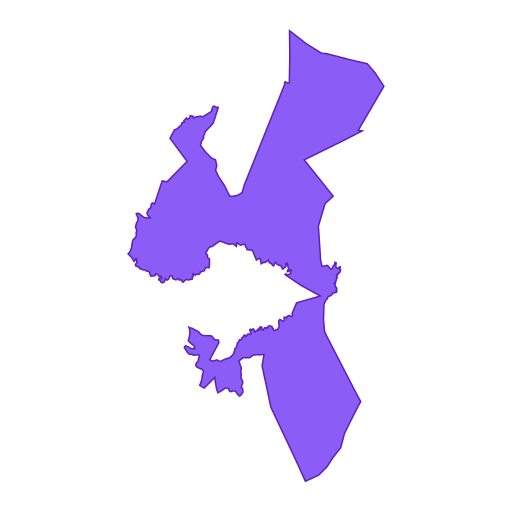 outline of Santa María Ecatepec, Oaxaca, Mexico
{"feature_id": "50627088B69410007292717", "entity_name": "Santa María Ecatepec", "entity_type": "district", "adm_level": 2, "iso_a3": "MEX", "parent_name": "Mexico", "parent_adm1": "Oaxaca", "projection": "natural_earth1", "projection_center": [-95.911, 16.222], "detail": "fine", "context": "isolated", "style": "filled", "palette": "violet", "viewbox_px": 512, "rotation_deg": 0, "n_neighbors": 0, "source": "geoboundaries", "source_scale": "gbopen_adm2", "svg_char_len": 6118}
<svg xmlns="http://www.w3.org/2000/svg" viewBox="0 0 512 512"><path d="M362.1,130.9L358.2,130.4L383.9,86.3L374.9,72.6L367.3,63.8L349.5,59.6L326.5,53.6L321.5,53.2L306.4,43.8L289.5,30.7L289.8,55.8L289.3,82.8L287.8,83.0L285.1,81.7L284.5,83.7L284.7,84.3L244.3,184.9L242.1,192.6L238.0,195.1L236.3,195.6L232.3,196.3L229.6,196.0L224.7,185.9L218.4,176.3L215.6,170.1L216.8,165.8L215.5,159.8L211.4,158.0L205.5,151.9L200.5,145.4L201.5,141.5L203.7,137.9L203.3,137.1L205.4,131.5L212.9,123.6L214.7,118.8L218.2,107.5L217.9,107.1L217.3,107.8L214.2,106.1L212.9,106.7L211.7,109.7L211.6,111.3L202.6,116.9L200.4,116.1L195.3,117.1L193.4,118.0L192.9,116.1L190.1,115.8L189.8,117.5L188.8,118.8L187.5,119.0L186.6,117.9L183.8,120.7L184.2,122.3L182.0,122.7L181.4,124.9L176.7,129.0L174.5,129.8L170.0,138.3L187.1,161.4L167.0,181.8L162.2,180.9L154.5,204.1L152.8,202.9L151.5,203.7L150.5,208.0L148.6,209.3L147.1,212.4L147.0,213.4L147.8,215.4L150.1,217.8L148.3,218.1L143.9,217.4L139.0,213.5L137.4,213.2L136.2,213.8L137.2,215.8L138.2,219.7L136.3,223.6L135.5,227.4L136.7,229.6L136.5,230.6L136.7,231.2L136.1,232.6L136.4,234.3L136.0,236.6L135.7,237.4L134.8,237.9L134.5,238.8L133.7,239.1L132.9,239.9L132.1,243.2L131.5,247.8L129.8,252.0L128.1,253.9L131.5,257.3L134.0,261.4L135.0,260.3L135.3,259.1L136.0,258.7L136.5,258.8L136.6,261.2L137.0,262.1L135.3,264.6L135.7,265.9L137.8,266.4L138.0,267.0L139.1,267.4L139.9,268.8L141.8,269.2L142.8,269.9L144.9,269.8L146.2,271.0L148.5,271.3L149.5,272.5L150.5,275.7L151.4,276.3L153.1,275.9L154.0,276.0L155.1,275.4L155.5,274.9L155.3,274.2L156.0,273.6L156.5,273.6L158.3,275.2L159.2,276.6L160.9,276.2L161.4,276.9L161.2,277.3L161.6,278.1L161.5,278.5L159.1,278.3L158.7,279.5L158.8,280.0L159.9,280.1L160.8,281.9L161.8,282.7L162.9,282.7L164.5,281.8L164.6,280.6L165.4,279.0L166.3,280.0L166.9,280.1L168.1,279.5L168.7,278.9L170.3,275.7L172.3,276.1L172.8,278.7L176.0,279.9L177.3,278.8L178.4,278.7L179.2,280.1L181.2,279.7L182.3,281.9L183.4,282.1L184.7,280.5L186.4,279.4L188.5,280.0L192.3,279.1L192.6,278.5L192.1,277.2L193.4,276.0L192.7,273.9L193.6,273.6L195.2,275.2L196.6,274.1L198.9,274.4L200.0,273.3L200.3,272.1L204.2,270.8L205.8,267.6L208.5,267.5L208.7,267.8L209.4,266.9L209.5,259.0L207.4,257.4L207.5,255.1L205.7,253.4L208.3,248.5L209.7,246.9L212.0,246.6L219.8,241.0L228.5,244.2L233.2,243.9L236.4,246.4L236.7,245.1L236.3,243.2L237.4,242.9L240.4,245.3L244.1,244.1L244.9,244.4L245.6,246.9L246.5,247.7L247.1,249.7L252.4,250.2L256.4,260.1L258.6,258.6L260.1,258.5L261.2,263.8L263.4,262.5L265.0,262.5L266.7,261.5L268.4,260.0L269.4,262.9L270.8,263.1L273.2,265.9L273.9,265.5L274.6,263.2L275.7,262.4L277.1,264.4L280.9,265.9L282.6,269.1L286.0,266.6L286.0,263.4L287.1,263.1L288.6,268.6L287.3,271.2L287.4,271.7L289.1,271.1L290.5,269.7L291.4,270.7L290.3,272.4L290.5,273.8L287.0,275.1L285.9,273.8L285.1,274.6L300.7,285.2L320.3,296.0L296.6,302.8L292.0,313.7L292.7,315.7L292.1,316.5L291.1,316.5L289.4,315.4L287.4,316.2L286.7,317.9L285.8,317.1L284.0,317.4L284.3,320.7L283.1,321.3L279.9,319.4L278.9,320.7L278.7,322.5L279.2,326.6L277.5,329.6L276.4,329.6L274.3,330.7L273.4,330.1L273.3,328.7L272.1,327.5L271.9,326.4L271.3,326.5L269.9,325.8L268.2,326.2L267.3,328.0L266.5,328.3L266.3,327.7L264.7,327.8L264.2,328.2L263.3,329.9L262.9,330.1L262.0,329.4L261.7,327.0L260.9,326.8L259.6,327.5L259.4,328.0L259.7,328.0L260.1,329.0L259.7,329.9L258.7,329.9L258.1,329.2L257.6,329.3L257.8,330.3L256.2,331.0L254.9,332.1L254.6,331.9L254.6,330.4L253.9,329.9L253.6,329.0L252.5,329.0L252.1,330.0L250.3,329.2L249.7,330.0L249.7,330.5L250.9,332.6L251.2,333.6L250.9,334.1L250.3,334.6L249.3,334.0L248.1,333.9L245.9,336.5L244.9,335.0L244.2,335.0L243.1,337.3L242.3,337.3L241.9,337.7L241.4,339.5L240.8,339.8L239.6,339.7L238.2,342.4L237.4,342.8L236.7,346.6L236.1,347.6L235.0,348.3L234.5,351.4L234.1,351.8L233.8,353.3L231.2,356.7L230.6,356.6L229.8,357.6L228.3,358.4L226.8,358.3L226.1,358.9L224.4,359.4L220.8,361.3L219.6,361.2L217.0,359.9L212.3,361.2L209.8,359.6L218.9,342.6L218.4,340.0L215.6,339.8L214.5,339.4L211.7,336.0L209.3,335.6L204.6,335.7L201.7,335.1L198.2,331.5L191.7,328.1L189.8,327.9L189.0,327.3L189.6,329.4L189.9,333.1L189.5,336.1L188.3,340.3L188.3,340.9L191.5,344.0L192.9,344.7L194.6,347.1L194.9,348.4L194.4,348.8L193.6,348.9L193.2,348.5L191.7,348.9L188.7,347.0L185.4,345.7L184.3,347.5L187.5,352.5L188.6,353.6L190.0,354.4L192.3,354.3L192.9,355.0L193.9,355.3L198.5,354.7L199.5,355.6L198.5,358.4L198.4,360.6L196.1,363.4L195.8,365.6L196.5,366.7L197.6,367.5L202.5,369.6L203.3,371.0L203.1,373.0L202.2,375.7L202.0,378.5L200.6,383.3L199.7,385.3L200.0,385.6L204.2,388.1L214.8,377.4L215.1,380.8L216.6,389.0L217.9,392.8L221.7,390.7L224.1,388.9L226.1,388.0L226.9,388.0L228.5,388.6L229.1,390.5L230.3,391.7L233.8,390.8L235.5,391.5L236.2,392.1L237.2,394.0L238.3,394.8L238.8,395.8L239.8,396.0L240.6,395.5L243.0,392.1L242.7,388.9L241.3,387.1L242.7,383.1L242.8,382.0L241.9,379.5L241.1,378.3L241.0,376.4L241.4,374.7L240.9,371.8L240.9,370.5L241.3,369.4L241.1,367.1L240.2,365.1L239.5,362.3L238.6,361.3L242.8,357.9L243.5,357.7L249.6,357.7L251.1,356.8L252.4,355.5L254.7,354.7L255.5,355.0L258.1,354.5L259.1,354.9L264.0,354.4L262.1,365.9L270.9,407.3L297.2,463.1L305.4,481.3L318.8,475.0L327.1,466.7L332.6,458.0L340.7,447.7L344.5,433.4L352.9,416.4L360.7,401.5L356.2,393.3L326.6,335.9L324.6,331.5L323.5,319.7L324.0,304.2L326.0,300.0L327.5,298.6L327.6,297.2L329.4,296.0L330.0,296.1L331.4,294.8L331.9,294.8L332.3,293.5L333.0,292.9L333.9,293.1L336.6,292.1L336.6,291.6L336.2,290.9L336.8,290.7L336.5,289.9L336.8,288.9L336.6,287.8L336.0,287.7L335.6,286.3L335.1,286.3L335.2,285.3L334.9,284.3L335.3,283.6L334.4,283.5L334.8,282.5L335.8,281.8L336.5,278.6L337.2,277.9L336.7,277.6L337.0,276.3L336.6,275.8L337.4,275.2L337.0,274.6L337.3,274.1L338.6,273.8L338.9,272.7L339.4,272.6L339.5,272.2L340.2,271.9L340.6,269.7L339.5,268.9L340.4,267.7L340.4,267.1L339.9,266.7L337.8,268.5L336.2,267.6L335.8,265.9L336.2,262.9L335.4,262.3L335.0,262.3L334.7,263.9L333.9,265.5L332.6,266.8L332.5,267.6L331.8,269.1L331.0,269.1L329.1,267.5L328.0,265.7L327.4,265.4L323.3,266.2L321.9,266.1L320.6,259.9L318.4,226.0L325.1,203.6L333.2,196.2L304.2,159.9L346.5,139.0L362.1,130.9Z" fill="#8b5cf6" stroke="#5b21b6" stroke-width="1.5"/></svg>